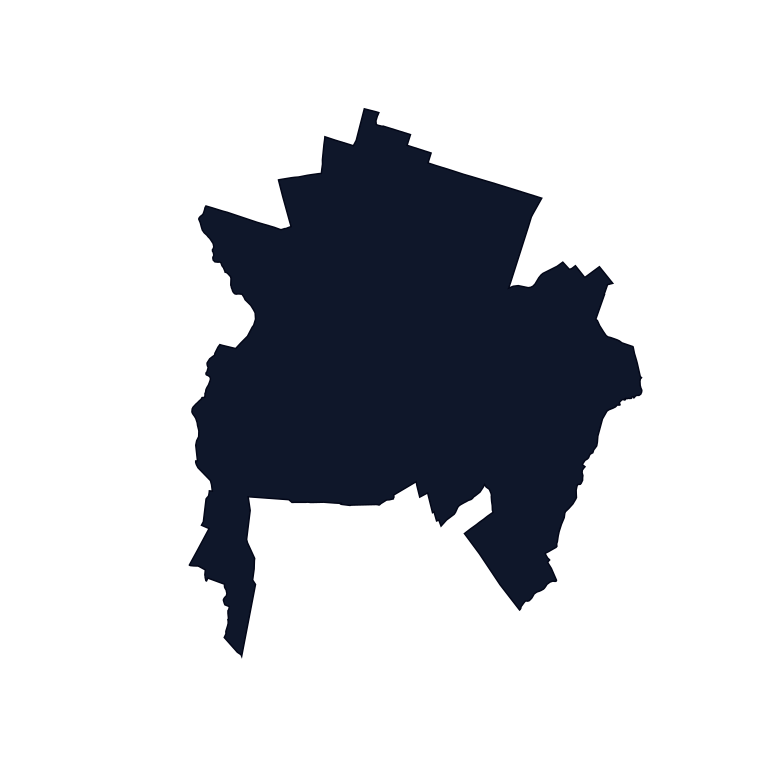 Fantana Mare, Suceava, Romania (Albers equal-area conic projection), rotated 67°
{"feature_id": "2599482B40231105369461", "entity_name": "Fantana Mare", "entity_type": "district", "adm_level": 2, "iso_a3": "ROU", "parent_name": "Romania", "parent_adm1": "Suceava", "projection": "albers", "projection_center": [26.306, 47.408], "detail": "fine", "context": "isolated", "style": "filled", "palette": "ink", "viewbox_px": 768, "rotation_deg": 67, "n_neighbors": 0, "source": "geoboundaries", "source_scale": "gbopen_adm2", "svg_char_len": 6158}
<svg xmlns="http://www.w3.org/2000/svg" viewBox="0 0 768 768"><g transform="rotate(67 384 384)"><path d="M579.0,621.4L518.3,580.6L513.1,581.5L503.5,575.8L495.9,572.3L494.0,571.2L476.7,571.7L473.4,571.2L448.1,556.6L434.7,553.1L453.3,516.8L457.0,515.0L457.4,514.1L457.9,512.7L462.4,502.1L462.9,500.5L464.5,497.6L465.5,495.1L469.2,485.8L474.3,475.9L477.1,470.1L477.6,470.8L478.3,470.0L482.5,462.7L482.6,461.7L491.8,438.5L492.6,436.9L493.0,436.6L493.5,435.6L493.3,434.7L492.9,433.8L492.0,428.2L491.8,427.5L492.0,426.3L492.7,424.3L493.4,420.3L492.8,420.0L492.0,419.0L490.0,418.5L486.5,392.6L487.7,392.8L490.2,393.4L502.1,395.3L501.3,386.4L521.4,389.6L521.2,387.9L530.6,389.1L530.7,386.7L537.1,387.0L533.6,379.5L531.3,370.3L530.1,368.4L526.4,364.4L525.5,362.8L525.0,360.7L524.5,356.2L524.4,354.4L524.1,352.0L524.3,349.1L523.9,347.3L523.0,345.7L522.5,343.4L521.0,337.9L517.8,333.1L515.8,330.7L518.8,330.2L521.8,328.3L522.9,328.2L526.4,328.2L528.2,328.5L529.7,329.3L533.8,330.7L538.3,331.9L542.4,333.5L544.7,333.7L546.1,340.3L547.5,345.4L548.4,349.6L549.8,354.8L551.1,360.7L553.1,368.4L577.6,362.5L614.1,355.6L645.0,347.5L644.7,346.7L643.9,345.7L642.5,344.8L641.1,342.4L640.5,341.5L639.1,338.9L639.2,338.0L640.0,336.6L640.2,335.2L639.9,334.2L638.9,331.8L637.6,330.0L635.9,327.8L635.3,325.2L635.2,323.9L635.4,322.2L635.4,320.1L635.1,317.4L634.6,316.1L633.5,314.3L632.1,312.3L631.2,308.6L631.4,305.7L632.6,303.5L632.7,302.5L632.4,302.1L631.9,301.9L619.1,302.0L613.4,302.9L611.9,302.9L611.2,301.4L610.7,300.3L609.5,300.7L608.3,301.3L605.0,301.8L603.0,301.8L602.8,301.2L602.6,298.1L602.0,293.2L601.6,289.5L601.0,288.3L598.6,287.5L596.7,285.9L591.9,283.0L588.2,280.4L582.6,275.6L577.4,270.3L573.5,268.0L572.4,266.8L570.8,262.6L568.2,257.0L564.9,252.5L563.7,251.2L560.4,250.0L556.8,248.6L553.7,246.5L552.2,245.0L553.0,242.5L552.5,241.4L550.2,238.8L547.9,237.8L546.0,236.7L543.0,236.3L540.8,235.1L539.5,233.0L538.7,231.3L536.1,232.7L535.3,232.6L532.8,228.7L532.5,226.2L531.8,224.5L530.0,222.8L529.2,221.7L528.9,219.6L528.9,218.7L526.5,216.6L525.9,215.4L524.1,212.4L520.9,210.3L515.5,207.5L501.5,196.5L496.1,189.4L495.6,187.2L495.7,182.6L495.5,179.9L494.5,177.5L494.7,176.8L495.2,176.1L495.5,175.1L495.0,174.7L493.6,174.8L493.0,174.5L492.3,173.2L491.6,171.5L491.6,170.0L492.6,169.0L492.8,168.3L492.6,167.8L491.7,167.9L491.6,167.2L492.5,165.9L492.7,164.5L493.1,164.0L493.8,162.1L493.7,161.6L492.9,161.0L492.8,160.2L493.1,159.5L494.1,159.6L494.4,159.4L494.3,159.0L493.4,157.4L493.2,155.9L494.1,153.8L493.7,151.7L492.3,150.2L491.1,149.4L490.3,149.1L488.0,149.1L485.3,148.7L481.5,147.3L479.6,146.1L478.8,144.5L478.1,144.9L476.7,145.1L464.1,142.8L460.6,142.3L453.6,141.5L447.3,140.2L446.8,140.3L439.1,148.9L436.3,150.5L434.3,152.3L429.8,157.2L428.2,159.4L426.3,160.6L421.9,161.5L414.5,162.7L409.0,162.8L407.2,163.8L387.7,146.0L387.4,146.2L379.9,139.4L380.7,134.1L360.2,139.9L364.4,157.5L363.6,157.8L349.9,161.6L351.0,165.6L351.1,167.5L350.8,168.6L341.7,171.8L343.3,178.7L344.3,194.4L345.0,196.8L346.7,200.0L351.0,205.9L352.2,208.8L352.3,211.2L351.7,213.6L345.9,222.0L344.5,226.9L344.5,231.9L340.1,227.9L295.9,189.9L287.8,183.1L285.8,180.7L274.6,166.2L262.4,180.5L243.6,202.7L227.2,222.5L222.0,228.9L213.8,238.3L202.9,251.2L197.7,257.1L189.8,250.4L173.3,269.5L164.8,262.2L154.5,274.3L146.3,284.0L146.6,284.3L143.2,288.8L142.0,289.7L138.6,288.6L134.4,285.1L134.1,284.6L132.2,282.7L130.0,285.4L123.0,294.6L148.9,314.4L152.7,319.1L140.5,333.6L133.3,341.8L135.2,342.8L139.9,345.6L153.6,353.1L157.6,354.7L162.1,357.4L165.7,359.4L164.9,361.8L163.0,368.8L161.9,373.1L160.1,381.7L158.8,385.6L158.0,388.4L154.9,401.1L154.9,401.4L172.0,404.0L197.7,407.4L202.8,408.0L202.7,409.6L202.6,411.7L202.6,413.5L202.2,414.4L202.0,416.1L201.9,417.3L201.7,418.4L201.2,419.2L196.8,423.9L185.6,437.6L164.7,461.2L161.9,464.8L154.7,473.3L150.6,478.3L151.0,478.6L151.2,479.2L151.8,479.9L153.5,481.1L155.6,482.9L156.8,484.1L157.3,485.0L158.0,487.6L158.4,488.4L158.7,489.0L159.4,489.8L160.0,490.1L163.8,490.1L167.8,490.7L170.7,491.0L171.2,491.1L174.6,490.4L177.8,488.9L180.0,488.3L181.9,487.5L187.9,486.4L190.9,487.0L191.4,487.2L192.1,487.8L192.6,488.3L193.0,488.8L193.2,489.3L194.0,489.7L195.1,490.0L196.0,489.7L198.8,490.3L199.3,490.6L200.0,491.5L200.6,492.0L201.0,492.3L203.2,492.8L205.5,491.9L207.1,489.0L207.3,487.8L208.7,486.7L211.3,486.9L212.7,486.8L214.1,486.3L215.5,486.4L216.0,486.3L217.4,486.4L218.5,486.4L218.9,486.6L220.0,485.3L221.7,484.5L225.2,483.3L227.1,483.6L233.1,486.4L234.5,486.5L235.8,486.8L237.7,486.8L239.0,487.0L240.5,486.9L241.8,486.5L242.9,485.9L243.7,484.5L243.9,483.5L244.3,482.5L245.9,479.6L249.3,479.0L252.2,478.9L259.5,475.9L264.7,475.1L268.1,474.8L274.1,476.9L279.0,481.0L280.2,483.1L286.7,491.0L290.4,500.1L293.4,506.7L285.1,517.9L283.6,519.7L285.2,522.4L289.6,527.6L291.1,528.6L291.5,529.6L291.7,530.8L292.7,534.6L294.5,537.2L295.6,538.7L297.3,539.3L299.3,539.5L300.2,539.3L301.2,540.3L303.6,542.2L304.1,543.3L305.2,544.0L306.2,543.9L307.7,542.5L309.1,541.6L310.8,541.5L312.4,542.3L314.8,544.5L316.4,546.1L317.9,548.2L319.5,550.0L321.9,551.5L322.8,552.5L324.5,553.2L326.2,554.3L325.4,556.8L326.7,558.5L327.2,560.3L328.4,563.2L328.9,564.8L330.7,568.8L332.0,570.3L334.4,571.6L335.4,571.8L337.3,571.6L339.4,571.1L342.1,570.7L346.7,571.1L349.2,571.8L353.6,572.5L355.2,572.9L360.1,575.2L363.1,578.7L366.8,581.2L381.4,585.6L381.7,585.9L381.6,586.6L381.3,587.4L382.7,588.0L385.0,588.2L388.5,587.9L405.1,581.5L409.3,582.1L415.6,583.9L414.1,586.5L415.6,587.3L417.6,588.6L418.8,589.6L419.3,591.0L420.3,592.7L440.2,604.1L442.7,607.2L448.7,601.5L464.4,621.0L474.6,633.9L474.9,633.8L475.6,633.0L477.2,630.0L478.8,626.5L479.5,625.7L485.3,621.1L489.7,623.5L491.2,623.8L492.2,624.2L495.4,624.8L495.9,624.3L493.8,622.0L506.0,609.0L507.3,609.7L508.7,610.1L510.2,610.1L511.9,609.8L515.5,610.5L517.4,611.9L518.3,614.2L519.4,615.7L520.0,616.2L520.6,616.4L523.7,616.7L525.1,616.7L528.3,613.5L529.6,614.0L531.0,615.2L531.7,616.2L534.3,617.3L538.2,618.5L539.8,619.3L540.1,619.5L540.0,619.8L541.6,620.2L543.5,621.0L545.5,622.5L549.5,625.9L550.3,626.4L551.8,626.9L552.5,627.4L553.3,628.3L554.9,630.1L573.6,623.8L577.3,621.4L579.0,621.4Z" fill="#0f172a" stroke="#020617" stroke-width="1.5"/></g></svg>